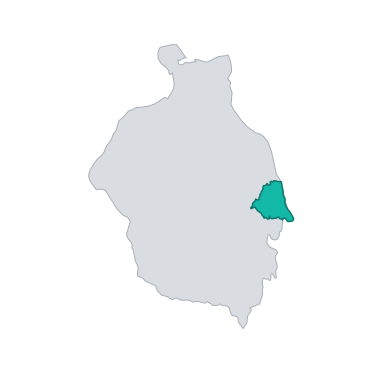 Dolj highlighted on a map of Romania, rotated 247°
{"feature_id": "ROU-122", "entity_name": "Dolj", "entity_type": "County", "adm_level": 1, "iso_a3": "ROU", "parent_name": "Romania", "parent_adm1": "", "projection": "natural_earth1", "projection_center": [23.693, 44.245], "detail": "fine", "context": "in_parent", "style": "filled", "palette": "teal", "viewbox_px": 384, "rotation_deg": 247, "n_neighbors": 0, "source": "natural_earth", "source_scale": "10m", "svg_char_len": 5703}
<svg xmlns="http://www.w3.org/2000/svg" viewBox="0 0 384 384"><g transform="rotate(247 192 192)"><path d="M291.4,211.8L294.7,215.8L298.9,218.0L308.5,220.3L309.3,220.0L309.4,219.6L308.7,219.0L308.6,218.2L309.1,217.3L310.4,217.2L312.5,218.1L316.6,216.9L322.6,213.7L328.1,213.0L333.2,214.9L335.9,217.1L337.6,219.2L337.1,221.9L336.8,223.5L335.7,230.2L334.8,232.7L333.4,235.5L317.7,238.9L318.7,237.3L318.3,234.4L317.6,232.3L319.0,230.4L315.4,229.7L313.9,230.7L312.8,232.6L313.9,236.8L312.2,239.2L311.6,240.5L311.6,243.6L310.6,245.0L310.4,246.4L312.9,246.0L311.9,248.7L307.3,253.9L305.6,257.0L306.3,269.2L304.3,276.5L304.2,278.7L299.2,278.7L297.7,278.6L292.9,277.5L287.5,275.5L284.3,271.8L282.3,269.1L277.8,270.3L276.9,270.0L275.7,268.6L272.2,267.8L268.0,267.8L258.5,262.8L257.5,262.0L250.1,262.8L239.0,265.3L230.5,268.3L221.8,273.6L218.3,277.7L214.2,279.9L208.3,281.5L197.9,280.9L186.9,278.8L175.2,276.6L168.9,277.8L160.3,276.9L147.4,274.3L137.8,273.5L128.3,275.1L126.7,273.9L126.3,272.5L126.7,270.6L128.1,269.1L130.4,267.9L131.6,266.7L131.7,265.5L129.1,263.6L123.9,260.9L121.7,259.2L121.2,258.8L121.0,257.3L119.9,256.2L117.9,255.3L116.3,253.7L115.2,251.5L115.5,249.4L117.1,247.4L119.1,246.5L121.6,246.8L122.7,246.2L122.2,244.8L119.8,243.1L115.4,240.9L110.8,242.1L106.2,246.6L102.8,247.3L100.8,244.3L97.2,242.5L91.9,241.9L88.7,240.7L87.5,239.0L85.3,237.6L80.3,236.2L80.2,234.8L81.0,234.5L82.8,234.4L85.2,234.1L85.6,233.3L85.6,232.6L83.8,231.7L81.8,231.1L80.9,230.4L80.2,229.8L80.1,229.1L80.7,228.6L81.4,228.5L82.2,228.1L82.6,226.5L83.7,225.1L84.4,224.6L84.4,223.6L83.6,222.7L82.6,221.9L81.1,221.4L76.3,220.0L73.9,218.0L72.4,217.9L70.1,216.8L67.6,215.1L65.4,212.7L63.1,211.1L62.5,210.5L62.4,209.9L62.9,209.2L62.9,208.4L62.3,206.1L62.7,203.5L62.6,201.2L62.6,200.1L62.2,199.8L61.8,200.2L61.2,200.6L60.6,200.7L58.9,199.0L56.7,195.5L55.2,194.3L52.4,192.7L49.9,191.3L48.2,188.4L46.4,186.1L47.6,185.2L54.6,183.9L57.8,185.2L59.3,184.7L60.7,183.6L61.5,182.8L61.7,181.9L62.4,180.8L64.8,180.3L71.0,180.9L73.5,179.4L74.4,178.5L75.0,176.6L75.7,175.1L77.9,174.3L77.9,172.9L77.6,171.4L78.9,168.1L79.7,166.7L81.0,166.2L82.5,165.2L85.2,163.0L84.6,161.0L85.1,159.6L87.9,156.2L90.0,152.9L90.0,151.2L90.3,149.8L92.1,148.2L94.1,146.1L96.7,139.6L97.6,138.6L99.3,137.3L100.6,136.1L100.7,131.9L101.9,130.7L104.2,129.3L106.4,127.1L108.3,124.5L109.7,123.2L111.5,122.9L113.5,121.9L115.8,121.5L117.9,122.0L119.3,121.8L121.4,120.5L126.7,115.7L127.5,114.7L128.6,114.1L132.9,112.5L134.0,110.8L135.5,109.3L137.4,109.4L143.7,113.1L150.3,112.9L151.6,113.0L152.0,113.1L152.8,113.4L161.7,115.2L163.1,115.0L163.4,114.8L167.0,116.3L170.2,116.1L173.2,115.1L176.3,114.8L179.2,115.4L181.4,117.5L187.1,122.0L188.8,123.6L191.4,123.4L194.3,122.6L197.2,119.6L206.1,116.2L212.9,115.3L219.6,114.0L227.3,113.0L229.5,110.2L230.7,108.3L231.5,104.8L235.7,103.8L239.6,103.1L241.0,102.7L243.9,102.5L246.1,102.8L249.6,104.5L252.0,106.7L253.0,108.4L255.1,110.9L257.3,114.3L259.8,118.8L260.4,121.1L261.3,123.6L263.2,126.7L266.6,130.0L267.1,130.6L268.7,133.0L271.8,138.3L274.3,140.4L276.5,142.6L277.6,144.9L279.2,147.0L283.0,149.8L286.0,152.3L288.5,159.5L290.3,162.9L291.4,165.4L291.0,170.6L291.7,172.8L290.4,176.8L288.1,185.0L287.6,191.4L288.1,194.9L288.2,197.2L288.8,198.6L289.5,201.6L289.7,204.1L288.8,204.9L287.5,205.5L287.1,206.0L288.2,207.2L289.8,209.3L291.4,211.8Z" fill="#d9dde1" stroke="#a8b0b8" stroke-width="1"/><path d="M128.3,275.1L127.3,274.9L126.6,274.2L126.2,273.5L126.2,272.6L126.9,269.7L127.3,268.8L127.9,268.4L128.5,268.3L129.8,268.0L130.4,267.9L131.5,267.3L132.1,266.1L131.8,264.9L131.1,264.6L133.6,262.2L134.6,261.9L134.9,262.0L135.1,261.9L135.3,261.4L135.3,260.9L135.2,260.5L135.0,259.8L134.9,259.3L135.0,258.9L135.7,257.6L135.7,257.3L135.9,256.3L136.0,255.6L136.2,255.1L136.5,254.8L138.1,253.9L138.5,253.9L139.2,254.0L139.3,253.9L139.4,253.6L139.3,253.4L139.1,253.3L138.9,253.1L138.6,253.1L137.9,253.0L137.6,252.9L137.3,252.8L137.2,252.5L137.2,252.2L137.5,251.4L137.5,251.1L137.6,250.9L137.9,250.7L138.5,250.5L139.0,250.3L139.4,249.8L139.6,249.5L139.8,249.3L140.5,248.7L140.3,248.5L140.0,248.5L139.8,248.4L139.9,248.2L140.3,248.1L142.2,247.9L142.6,247.7L143.1,247.5L143.9,247.4L145.6,247.4L146.0,247.0L148.8,245.2L151.8,244.3L153.2,244.3L153.5,244.1L153.6,243.9L153.7,243.6L153.6,243.3L153.6,243.1L153.5,242.8L153.5,242.6L153.6,242.0L153.7,241.6L153.6,241.2L153.6,240.9L153.5,240.6L153.5,240.3L153.6,240.0L153.8,239.8L154.1,239.8L154.5,240.0L154.8,240.3L155.1,241.2L155.1,241.5L155.2,241.9L155.5,242.1L156.0,242.4L156.5,242.6L157.5,243.2L157.8,243.4L158.1,243.8L158.8,245.7L159.1,246.3L159.6,247.0L160.5,247.8L159.3,249.1L158.9,249.7L158.9,250.0L158.9,250.3L159.0,250.6L159.3,250.9L160.5,251.5L160.8,251.8L161.7,252.9L161.9,253.2L162.2,253.3L162.6,253.3L163.0,253.5L163.4,253.9L163.8,254.7L164.2,255.2L164.6,255.6L165.3,256.1L165.6,256.4L165.8,256.9L166.1,257.4L166.4,257.9L166.7,258.2L167.9,258.9L168.6,259.2L169.0,259.4L169.6,260.0L169.8,260.3L169.8,260.6L169.6,260.9L169.5,261.2L169.4,261.7L169.5,262.3L169.7,263.3L170.4,264.3L170.4,264.6L170.2,264.7L169.8,264.6L169.5,264.5L169.1,264.5L168.8,264.5L168.7,264.6L168.5,264.8L168.5,265.0L168.5,265.5L168.4,266.0L168.2,266.4L168.2,266.8L168.2,267.0L168.4,267.2L168.7,267.4L168.9,267.5L169.9,267.5L170.3,267.6L170.7,267.9L170.9,268.3L170.9,268.7L170.9,269.0L170.8,269.3L170.2,269.6L169.9,269.8L169.7,270.1L169.8,270.4L170.2,271.1L170.3,271.4L170.3,271.7L169.9,272.8L169.7,273.0L169.3,273.3L169.2,273.5L169.1,274.0L168.9,274.2L168.4,274.6L168.2,274.9L166.5,278.2L155.6,275.7L153.8,274.7L153.2,274.6L150.5,275.1L150.1,275.1L149.2,274.9L145.8,273.2L140.9,273.0L138.1,273.4L136.9,273.9L135.8,274.2L134.9,274.5L132.4,274.7L128.3,275.1Z" fill="#14b8a6" stroke="#0f766e" stroke-width="1.5"/></g></svg>